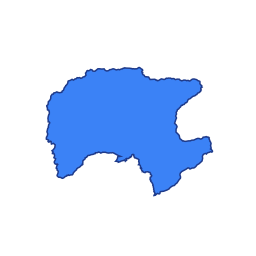 El Tambo, Nariño, Colombia, rotated 232°
{"feature_id": "7082276B27137373904269", "entity_name": "El Tambo", "entity_type": "district", "adm_level": 2, "iso_a3": "COL", "parent_name": "Colombia", "parent_adm1": "Nariño", "projection": "natural_earth1", "projection_center": [-77.398, 1.43], "detail": "fine", "context": "isolated", "style": "filled", "palette": "blue", "viewbox_px": 256, "rotation_deg": 232, "n_neighbors": 0, "source": "geoboundaries", "source_scale": "gbopen_adm2", "svg_char_len": 5863}
<svg xmlns="http://www.w3.org/2000/svg" viewBox="0 0 256 256"><g transform="rotate(232 128 128)"><path d="M179.3,67.3L178.9,67.0L178.1,66.0L177.5,65.8L177.1,64.5L174.9,61.8L172.7,61.1L171.3,59.2L171.0,58.1L169.6,56.8L169.3,56.8L168.2,57.7L167.3,57.9L166.8,56.8L165.9,56.7L165.5,57.2L165.5,58.4L165.2,58.9L164.7,59.1L164.4,58.7L162.5,57.8L161.8,59.8L159.5,60.2L157.6,58.2L156.9,55.9L156.9,54.1L155.0,54.2L154.8,53.0L154.4,52.7L153.3,53.7L152.9,53.9L151.2,53.0L150.2,51.3L148.5,52.1L147.6,51.0L146.9,49.3L146.4,48.8L145.7,48.5L144.4,48.5L143.6,49.2L143.0,50.2L142.5,50.2L142.2,49.0L140.6,46.7L139.7,47.0L138.4,46.2L137.6,46.4L136.8,46.4L135.5,45.0L134.4,43.0L133.7,42.7L132.0,43.0L130.5,44.5L129.2,45.0L128.7,45.4L128.3,46.6L128.4,48.8L127.9,50.1L128.3,50.6L127.7,51.4L127.8,52.1L126.9,52.4L126.4,53.8L125.4,55.3L125.5,56.0L126.3,57.4L126.7,59.5L126.8,61.7L127.4,62.5L127.4,64.1L127.1,65.1L127.0,66.4L127.3,68.2L127.1,69.1L127.1,69.9L127.3,70.1L127.8,69.9L128.2,70.8L129.9,72.2L129.9,72.9L130.1,73.1L130.0,74.7L130.4,75.6L130.9,75.9L130.4,77.3L130.7,77.7L130.6,78.4L131.0,79.1L131.0,79.5L130.1,81.0L129.8,82.3L128.7,84.3L128.5,85.4L128.0,86.1L128.1,86.6L128.6,87.1L127.5,88.4L127.1,90.1L125.4,91.1L125.0,91.1L124.4,93.3L123.5,94.2L123.1,95.0L121.2,96.3L120.0,97.5L119.5,98.6L118.6,99.6L118.2,100.5L117.5,101.1L112.1,103.5L110.3,104.6L110.9,103.5L111.7,102.8L111.7,102.3L110.4,100.8L109.6,99.0L109.4,97.8L107.6,99.7L107.0,99.3L106.3,101.1L106.2,102.2L105.2,104.4L104.9,105.8L103.5,105.4L103.6,106.0L103.4,106.7L103.5,107.2L105.0,107.6L104.8,108.3L103.9,109.1L103.5,109.8L103.8,110.9L103.5,111.5L103.8,111.5L103.9,112.2L103.4,113.1L104.4,114.3L104.3,115.4L103.9,115.9L103.4,116.1L102.8,115.5L102.3,115.5L101.4,115.0L101.1,115.2L100.4,114.9L99.1,115.9L98.6,116.0L98.0,116.6L96.3,117.1L94.8,115.6L94.1,115.7L93.6,115.1L92.9,114.9L92.6,113.7L91.8,114.4L91.0,114.6L90.0,114.2L88.7,113.0L88.3,113.1L88.3,113.9L87.9,113.9L87.9,113.5L86.9,112.9L85.8,112.7L85.3,113.0L84.8,112.5L84.6,112.9L83.3,113.2L82.3,114.0L82.5,114.9L82.0,115.5L81.8,116.1L80.8,117.1L80.0,117.3L79.6,117.9L78.3,117.8L77.5,117.1L77.1,117.4L76.0,117.4L75.3,116.5L75.5,115.2L74.5,114.4L74.2,113.9L73.5,113.6L72.7,113.9L72.4,113.3L71.8,113.1L70.4,113.3L68.0,112.8L67.5,112.2L66.7,112.2L66.1,111.7L64.3,110.9L63.7,110.3L62.7,110.1L61.9,109.2L61.2,109.5L60.0,108.9L59.6,109.0L59.0,108.1L59.1,107.2L58.8,106.9L58.2,108.1L58.4,110.8L57.0,111.8L56.7,112.4L56.9,113.0L57.7,113.8L57.8,114.6L56.2,117.2L55.1,120.6L54.7,123.1L55.0,123.6L55.1,125.8L54.9,127.6L54.2,129.1L54.3,130.0L54.6,130.8L54.5,132.6L55.8,136.5L56.1,138.3L57.0,139.2L58.0,139.7L58.9,139.9L59.6,140.5L60.3,141.6L60.6,143.6L59.8,148.3L59.7,150.5L59.0,151.4L57.9,151.4L57.5,151.7L56.9,154.0L56.1,155.1L55.8,156.0L55.9,157.9L56.4,159.5L56.1,162.2L56.4,166.0L58.2,168.2L59.7,169.0L60.5,170.2L60.7,171.1L60.7,172.1L60.3,173.3L59.2,173.8L59.5,174.8L59.4,175.7L58.8,177.0L58.5,178.4L57.4,179.2L57.4,180.0L57.9,180.4L59.6,180.5L60.7,180.1L60.9,181.1L63.6,182.4L63.7,182.9L64.1,183.1L64.5,183.8L66.0,184.4L67.1,184.3L67.8,184.8L69.7,185.2L70.1,185.9L71.0,185.9L71.7,185.3L72.0,184.8L72.3,184.8L72.5,184.5L73.1,184.3L73.3,183.5L74.5,181.5L74.0,180.4L74.4,178.7L74.8,178.2L75.7,177.8L76.8,176.7L77.4,175.1L78.0,172.4L79.1,170.8L79.6,169.1L80.7,167.6L81.9,165.3L83.1,164.0L83.7,163.8L84.1,163.1L86.5,162.7L87.6,162.3L90.5,163.7L91.6,163.8L95.2,163.3L97.5,165.2L98.7,167.3L99.1,167.6L100.8,167.9L103.0,167.6L105.2,170.8L105.9,172.2L106.5,172.6L107.9,172.8L108.3,173.2L109.1,174.8L110.7,175.6L111.2,177.2L112.1,178.3L111.8,179.6L112.3,181.3L112.2,182.2L113.0,184.0L112.4,184.8L112.6,185.6L112.0,186.8L112.5,188.8L112.1,189.3L112.0,190.2L112.3,191.0L113.2,192.5L113.4,193.4L112.9,194.9L113.0,198.5L112.2,200.7L112.3,201.9L112.0,202.9L112.6,204.2L112.1,205.8L112.3,206.9L112.1,207.4L112.3,208.0L112.9,208.4L112.9,209.1L114.0,209.4L114.5,209.8L114.6,211.4L115.2,211.1L115.3,211.6L116.0,212.2L117.0,211.9L118.6,211.9L120.2,213.2L120.6,213.3L122.4,212.2L123.8,211.9L126.0,210.2L126.9,208.7L127.0,205.6L127.9,204.9L128.2,204.9L129.0,203.9L129.2,203.3L130.2,202.8L131.4,201.5L131.7,200.3L132.2,199.3L133.6,198.5L134.8,198.5L136.2,196.9L136.9,195.3L137.6,194.8L138.5,194.7L139.3,193.9L139.8,192.8L141.0,192.3L142.5,190.5L143.0,189.4L143.7,188.8L143.6,187.4L144.0,186.3L146.1,184.6L146.3,184.0L146.6,181.4L147.0,180.5L147.4,180.1L148.1,180.2L148.5,179.5L149.2,179.5L150.0,179.0L152.6,175.3L155.5,175.6L157.9,173.1L158.7,173.0L159.6,173.2L160.9,172.6L162.0,172.8L162.4,173.6L163.1,173.3L164.0,173.6L164.2,173.9L164.1,174.8L164.9,175.3L165.3,175.4L165.7,175.0L167.7,174.6L168.8,174.1L169.1,173.4L169.1,171.8L169.7,170.6L170.1,170.3L170.6,169.4L171.1,169.1L171.7,168.4L172.0,167.7L172.5,167.6L174.0,166.2L176.7,163.0L177.4,162.6L177.5,161.6L178.1,161.1L178.0,160.7L178.1,159.8L178.6,159.2L179.1,157.2L180.1,156.5L181.0,154.5L183.2,153.3L183.9,152.6L184.6,150.4L185.2,149.6L185.2,148.0L185.8,146.7L186.3,146.1L187.7,145.5L189.3,145.6L190.6,143.6L192.4,141.8L193.2,140.7L193.1,136.9L194.3,135.4L195.7,135.5L197.1,134.6L197.0,133.2L197.5,132.0L198.2,131.5L198.3,130.7L197.5,129.2L197.4,128.3L195.5,127.4L195.4,126.4L195.1,125.6L195.9,123.9L195.7,123.1L196.1,121.5L196.4,121.2L196.9,121.2L197.6,120.8L198.1,119.7L199.0,118.9L198.8,118.2L198.8,117.2L199.3,116.5L199.3,114.9L199.4,114.4L200.8,113.9L201.1,111.6L201.6,110.6L201.8,109.6L200.6,108.3L200.1,107.4L199.7,105.8L199.8,105.1L199.5,104.8L198.8,102.3L197.7,100.8L197.5,100.2L197.6,98.7L196.9,97.8L198.0,95.7L198.7,95.2L199.1,94.6L199.9,94.4L200.4,93.9L200.5,92.7L201.3,91.1L200.7,90.1L201.3,89.1L200.6,86.8L198.7,85.1L197.9,83.2L197.8,81.5L195.7,79.4L195.6,77.7L194.6,77.1L194.1,77.3L191.9,75.7L191.6,75.8L190.9,76.5L190.5,76.5L190.1,76.1L189.5,76.1L189.1,75.9L187.5,74.6L187.2,73.6L185.7,71.7L184.7,70.7L183.4,70.0L182.0,68.9L181.1,69.7L180.2,69.5L179.3,67.3Z" fill="#3b82f6" stroke="#1e3a8a" stroke-width="1.5"/></g></svg>